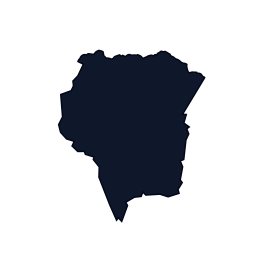 outline of Sevier, Tennessee, United States of America, rotated 211°
{"feature_id": "52423323B91175482939714", "entity_name": "Sevier", "entity_type": "district", "adm_level": 2, "iso_a3": "USA", "parent_name": "United States of America", "parent_adm1": "Tennessee", "projection": "mercator", "projection_center": [-83.473, 35.803], "detail": "fine", "context": "isolated", "style": "filled", "palette": "ink", "viewbox_px": 256, "rotation_deg": 211, "n_neighbors": 0, "source": "geoboundaries", "source_scale": "gbopen_adm2", "svg_char_len": 1838}
<svg xmlns="http://www.w3.org/2000/svg" viewBox="0 0 256 256"><g transform="rotate(211 128 128)"><path d="M189.2,95.2L183.6,89.6L175.1,87.0L167.2,88.9L166.7,83.8L159.0,82.0L153.5,85.4L150.9,83.5L142.1,85.7L141.5,83.1L132.6,79.8L127.6,70.9L104.1,52.8L90.3,43.1L90.1,46.1L85.3,44.7L88.5,61.3L91.7,63.2L87.0,71.9L81.5,76.1L82.3,80.7L78.2,79.7L66.6,87.7L58.2,89.7L50.6,98.3L53.5,101.1L53.4,109.1L56.5,110.4L61.2,122.9L66.3,126.7L64.0,129.7L72.2,147.6L72.9,154.2L77.2,157.6L76.1,160.4L82.7,161.0L85.0,169.6L88.3,167.8L88.2,210.6L88.8,210.9L89.7,210.6L91.0,210.9L93.2,211.8L94.7,211.7L95.6,211.3L96.0,211.0L97.0,210.6L97.8,211.1L101.9,208.9L103.7,207.0L104.9,207.0L105.8,207.4L107.9,209.3L109.8,211.4L110.0,212.4L110.4,212.8L111.4,212.9L113.1,212.4L114.2,211.9L116.0,211.7L118.0,212.1L120.0,212.3L123.2,211.8L125.2,212.2L129.1,211.9L129.9,212.8L135.4,212.8L137.3,211.4L139.1,210.9L140.5,208.0L141.1,207.1L140.9,205.8L141.0,205.6L142.0,205.1L142.8,204.5L142.8,203.6L143.2,203.2L145.7,202.3L147.6,200.4L148.6,198.7L150.1,196.7L150.5,195.6L151.8,195.6L154.4,196.2L157.4,195.8L157.6,195.6L157.8,195.0L160.2,193.8L161.9,192.6L162.6,192.2L164.6,191.7L165.7,190.9L166.9,188.3L166.9,187.9L169.3,187.5L169.9,187.6L170.3,186.8L171.2,186.0L171.6,185.9L172.1,186.3L172.8,186.3L173.1,186.1L175.6,183.1L176.2,182.1L176.4,181.3L176.4,180.5L176.9,179.5L177.5,178.6L178.2,178.3L178.7,178.4L181.5,177.5L182.3,176.6L186.2,177.6L187.2,178.9L188.6,180.4L189.3,180.5L191.6,180.0L193.1,179.4L194.1,177.9L194.9,176.1L195.0,174.1L195.4,173.5L197.7,172.3L199.3,171.7L200.5,171.0L201.1,169.6L202.2,168.9L203.4,168.3L204.3,167.3L205.0,165.8L205.2,163.9L204.9,163.1L205.2,161.9L205.4,161.1L205.3,160.1L205.1,159.2L199.1,159.7L197.8,146.8L199.4,139.9L196.4,136.0L195.9,130.7L202.9,122.1L189.8,103.8L189.2,95.2Z" fill="#0f172a" stroke="#020617" stroke-width="1.5"/></g></svg>